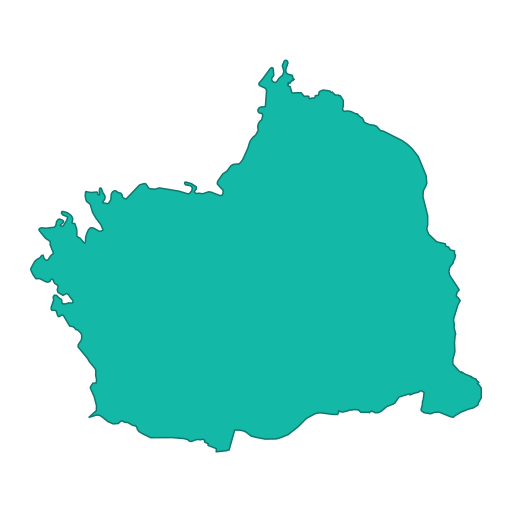 Ban Haet, Khon Kaen, Thailand (Albers equal-area conic projection)
{"feature_id": "78962969B76194280377642", "entity_name": "Ban Haet", "entity_type": "district", "adm_level": 2, "iso_a3": "THA", "parent_name": "Thailand", "parent_adm1": "Khon Kaen", "projection": "albers", "projection_center": [102.747, 16.218], "detail": "fine", "context": "isolated", "style": "filled", "palette": "teal", "viewbox_px": 512, "rotation_deg": 0, "n_neighbors": 0, "source": "geoboundaries", "source_scale": "gbopen_adm2", "svg_char_len": 5908}
<svg xmlns="http://www.w3.org/2000/svg" viewBox="0 0 512 512"><path d="M455.5,255.0L455.1,255.0L454.5,253.2L454.5,250.9L450.4,249.9L448.6,247.0L445.7,246.1L445.3,243.8L436.7,241.8L428.5,234.0L426.7,228.8L427.7,224.8L427.7,215.8L423.0,196.9L423.3,190.8L425.8,186.0L426.8,183.1L426.1,175.6L418.3,156.6L412.3,148.9L407.8,144.7L402.2,140.6L383.7,131.3L380.2,130.4L376.7,126.4L374.2,125.3L369.5,124.6L365.2,122.8L364.0,121.7L362.6,118.2L359.4,116.3L357.7,114.2L356.8,113.7L355.5,113.7L351.0,111.5L347.2,110.9L344.7,111.4L343.3,110.8L342.5,109.0L343.3,106.3L343.3,100.5L340.3,95.7L339.4,95.7L338.6,95.1L335.2,95.1L332.3,92.1L330.9,92.3L330.0,91.2L329.2,90.9L323.2,90.0L319.4,91.6L318.3,95.4L315.4,95.6L315.1,97.2L313.8,98.2L312.0,98.0L310.0,98.7L308.7,98.0L308.8,96.5L307.5,96.0L306.7,96.4L305.5,96.1L304.3,96.5L301.1,92.7L294.9,92.8L293.5,93.2L292.1,92.7L291.6,92.0L290.2,86.7L287.8,85.6L288.5,83.7L288.0,83.1L288.6,82.7L289.9,83.3L291.4,81.0L293.1,80.5L293.1,79.7L294.0,79.4L292.8,77.8L292.4,75.4L287.8,74.1L286.0,72.5L285.8,69.4L288.0,62.8L287.3,61.0L286.0,60.2L284.9,60.5L284.2,61.2L282.3,65.6L283.9,71.4L282.7,75.1L278.9,78.4L276.6,81.8L275.8,82.3L273.9,82.3L272.3,81.1L271.6,79.7L271.8,78.3L273.5,75.9L273.8,74.8L273.2,68.8L272.7,67.9L271.7,67.6L270.2,68.6L263.0,78.5L259.0,83.1L258.9,84.5L259.7,85.6L265.4,88.3L266.4,89.9L266.5,91.5L265.4,106.2L264.2,106.9L261.2,106.9L259.5,107.6L258.6,108.5L257.9,109.9L258.0,111.3L258.9,112.6L260.1,113.2L262.2,113.5L262.7,115.8L261.7,119.7L259.8,121.4L258.3,123.9L257.7,126.5L258.2,130.4L255.7,135.1L253.0,137.2L250.6,140.3L249.6,142.4L247.8,148.3L242.7,159.6L240.4,162.7L239.1,163.8L233.3,164.4L230.8,165.9L226.9,171.2L222.8,173.9L218.1,180.6L217.3,182.5L217.4,184.1L223.2,190.4L222.9,193.7L222.1,195.2L220.0,195.6L211.1,192.1L208.6,191.8L202.5,193.8L199.2,193.2L196.2,193.5L194.5,192.4L194.2,191.8L196.5,188.8L196.3,186.9L191.4,183.6L185.7,182.0L184.8,182.4L184.6,183.2L185.4,184.8L190.3,185.7L191.5,186.6L192.2,187.7L192.2,189.2L191.6,191.0L189.1,193.8L187.0,193.6L179.2,191.2L159.3,187.9L155.0,189.2L149.8,188.7L148.5,187.9L146.2,184.3L145.4,183.7L144.0,183.6L140.1,184.7L139.1,185.4L126.2,198.9L125.2,198.9L122.5,197.2L121.9,194.5L120.9,193.2L118.3,192.6L115.5,190.7L113.6,191.1L112.4,192.1L111.3,194.0L110.8,199.8L108.5,203.4L107.8,203.6L103.6,203.0L102.7,202.5L102.7,201.9L104.7,199.3L105.1,196.9L104.8,195.5L103.0,192.9L101.6,189.1L100.8,188.0L100.1,188.0L99.5,189.1L99.3,191.8L99.8,193.7L99.1,195.0L97.9,194.5L97.5,192.5L96.8,192.0L90.8,192.5L85.9,191.6L85.5,192.2L85.2,196.3L86.1,200.3L86.7,201.5L90.2,204.3L92.6,212.5L95.9,218.1L100.8,224.6L102.8,229.3L102.7,230.3L101.4,231.0L99.2,231.3L93.5,228.0L91.3,227.7L90.0,228.1L88.4,229.9L86.9,233.1L85.7,237.0L85.4,242.2L84.8,242.9L84.1,243.0L80.1,238.2L78.0,237.2L76.8,235.9L76.9,230.9L76.5,228.5L74.9,223.7L74.4,223.4L72.7,223.4L72.0,222.9L72.8,219.0L71.8,216.4L70.5,214.9L67.2,212.7L63.5,211.5L61.9,211.6L61.4,212.9L62.8,214.9L67.3,216.8L67.6,217.4L66.8,220.2L63.3,225.9L61.5,226.4L60.3,225.3L60.5,224.8L63.4,222.4L63.5,221.0L62.2,220.0L59.3,219.0L58.1,219.6L56.6,221.6L55.7,225.8L54.4,227.2L46.1,228.2L41.3,227.8L40.2,228.2L39.0,229.2L39.2,230.5L45.5,238.3L50.3,241.5L50.1,244.8L53.2,252.4L53.3,253.6L50.9,255.5L48.1,259.7L47.0,260.3L46.0,260.1L44.6,259.2L43.8,257.9L43.2,255.3L41.7,255.4L39.9,257.8L36.6,259.6L34.6,261.6L30.9,268.4L30.7,269.6L32.7,274.1L35.9,278.7L39.7,278.6L45.7,281.7L47.8,282.2L49.9,281.5L50.7,279.8L51.4,279.2L52.6,279.2L54.6,283.3L57.9,285.5L58.1,286.6L57.2,290.0L58.0,292.4L63.1,295.4L66.1,293.6L67.4,293.8L68.8,295.1L70.1,297.3L72.9,300.6L73.0,302.3L72.0,303.1L68.6,302.9L65.6,303.9L63.0,303.9L61.8,302.7L61.8,300.5L61.5,299.6L58.6,297.6L56.6,295.4L54.7,295.1L53.8,295.8L53.2,297.0L53.6,300.2L51.2,307.2L51.1,309.2L52.0,310.4L54.9,310.2L56.0,310.7L57.8,315.9L58.5,316.6L59.4,316.5L61.7,315.0L63.4,315.5L69.6,326.0L73.0,326.7L75.0,328.2L75.6,329.5L77.5,329.8L80.4,332.6L81.5,334.4L81.7,335.8L81.6,338.9L81.0,340.5L78.1,345.0L78.2,347.1L87.6,358.5L89.1,361.3L95.3,368.8L95.8,370.9L95.7,375.6L96.5,379.3L96.4,381.7L96.0,383.0L92.9,383.2L90.7,386.5L90.3,387.9L94.2,396.7L96.5,405.8L96.3,410.7L88.7,417.5L95.7,415.3L98.0,415.0L100.1,415.6L101.8,416.7L107.9,421.6L113.2,423.9L118.3,423.5L120.8,421.1L122.0,420.9L125.1,422.4L127.8,422.5L132.6,425.3L134.0,425.7L135.3,425.5L137.1,427.7L137.2,429.1L139.0,431.6L143.0,434.0L150.7,437.7L172.2,437.6L184.1,438.6L188.0,439.7L189.1,441.0L191.2,441.5L196.1,439.7L198.4,439.5L200.4,439.9L201.9,439.3L203.0,439.3L204.8,440.3L204.5,441.7L205.0,442.3L208.1,443.6L208.0,445.2L208.5,445.6L216.3,448.6L216.3,451.8L226.4,450.7L229.1,449.9L234.7,430.0L239.9,430.2L242.7,430.7L245.7,431.9L251.2,436.1L256.8,437.5L265.2,439.1L276.4,438.9L281.7,437.3L288.3,434.5L297.9,426.9L306.3,418.5L314.7,413.9L318.5,412.9L321.5,412.9L332.5,414.4L337.6,414.5L338.6,412.4L338.4,411.3L338.8,410.8L339.8,411.5L342.7,412.1L348.7,410.6L349.6,409.8L351.5,410.2L353.4,409.6L357.6,409.7L359.3,410.6L360.4,412.0L361.2,412.3L368.6,412.3L369.4,412.7L370.2,411.5L371.2,411.6L371.9,411.1L375.4,412.8L378.4,412.6L381.5,411.1L386.9,406.5L393.7,403.9L395.2,402.7L398.9,397.1L409.5,393.8L410.0,394.9L414.2,393.2L418.2,392.3L420.3,390.9L421.5,390.9L424.1,392.4L423.2,399.7L422.5,401.6L422.3,405.2L421.1,409.0L421.3,410.7L424.0,412.7L430.5,413.8L434.3,412.4L438.1,412.1L440.1,412.5L449.9,416.5L453.2,417.3L454.9,415.8L460.7,412.3L468.3,409.2L473.4,407.9L478.0,404.9L478.3,403.0L481.2,398.1L481.3,388.1L478.9,384.8L477.4,383.5L478.7,382.3L476.2,380.0L476.3,379.3L471.5,377.3L471.6,376.7L465.8,374.5L461.7,372.0L461.3,372.6L458.8,370.8L452.9,364.2L452.8,359.7L454.9,351.7L454.5,342.7L455.2,334.9L455.7,334.2L454.1,327.7L454.3,323.3L453.7,321.8L453.6,319.0L458.0,304.6L460.2,300.7L458.3,297.8L456.4,296.3L456.3,295.8L457.0,292.4L459.1,290.1L459.0,289.4L449.7,275.3L448.9,271.2L449.8,267.2L453.1,263.0L453.5,261.0L454.8,258.7L455.5,255.0Z" fill="#14b8a6" stroke="#0f766e" stroke-width="1.5"/></svg>